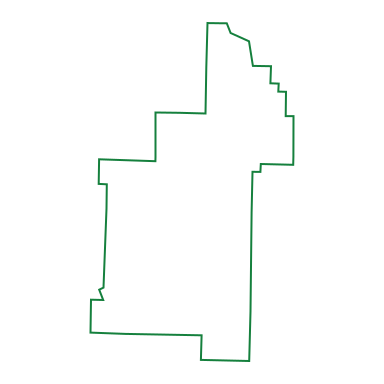 outline of Sharp, Arkansas, United States of America
{"feature_id": "52423323B36098505966546", "entity_name": "Sharp", "entity_type": "district", "adm_level": 2, "iso_a3": "USA", "parent_name": "United States of America", "parent_adm1": "Arkansas", "projection": "mercator", "projection_center": [-91.463, 36.194], "detail": "fine", "context": "isolated", "style": "outline", "palette": "green", "viewbox_px": 384, "rotation_deg": 0, "n_neighbors": 0, "source": "geoboundaries", "source_scale": "gbopen_adm2", "svg_char_len": 622}
<svg xmlns="http://www.w3.org/2000/svg" viewBox="0 0 384 384"><path d="M90.5,332.6L125.3,333.9L201.6,335.3L200.9,359.9L249.2,361.0L250.5,311.6L251.6,212.4L252.5,171.8L260.4,171.9L260.8,164.0L293.2,164.8L293.4,156.8L293.5,116.1L285.7,116.1L286.0,91.8L278.3,91.6L278.7,83.6L270.4,83.3L271.0,66.2L252.9,65.9L249.0,41.3L230.6,33.0L226.8,23.3L226.7,23.3L215.0,23.2L213.6,23.1L209.2,23.1L207.5,23.0L206.3,67.2L205.5,113.5L179.5,112.8L155.5,112.5L155.5,157.0L155.4,161.2L99.1,159.3L98.7,183.9L106.8,184.3L106.5,208.7L103.5,287.6L99.2,289.7L103.2,300.0L91.0,299.7L90.5,332.6Z" fill="none" stroke="#15803d" stroke-width="2"/></svg>